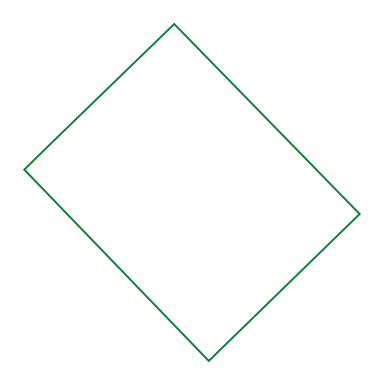 the district of Wichita, Kansas, United States of America, rotated 316°
{"feature_id": "52423323B71882336368987", "entity_name": "Wichita", "entity_type": "district", "adm_level": 2, "iso_a3": "USA", "parent_name": "United States of America", "parent_adm1": "Kansas", "projection": "mercator", "projection_center": [-101.426, 38.482], "detail": "fine", "context": "isolated", "style": "outline", "palette": "green", "viewbox_px": 384, "rotation_deg": 316, "n_neighbors": 0, "source": "geoboundaries", "source_scale": "gbopen_adm2", "svg_char_len": 242}
<svg xmlns="http://www.w3.org/2000/svg" viewBox="0 0 384 384"><g transform="rotate(316 192 192)"><path d="M86.9,59.4L86.7,325.2L98.7,325.1L297.3,324.3L295.9,58.8L126.3,59.1L86.9,59.4Z" fill="none" stroke="#15803d" stroke-width="2"/></g></svg>